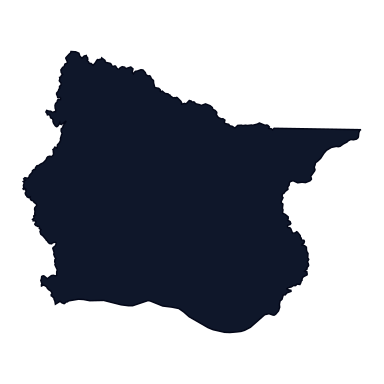 outline of Los Lagos, Neuquén, Argentina
{"feature_id": "61730980B98633333764723", "entity_name": "Los Lagos", "entity_type": "district", "adm_level": 2, "iso_a3": "ARG", "parent_name": "Argentina", "parent_adm1": "Neuquén", "projection": "albers", "projection_center": [-71.671, -40.754], "detail": "fine", "context": "isolated", "style": "filled", "palette": "ink", "viewbox_px": 384, "rotation_deg": 0, "n_neighbors": 0, "source": "geoboundaries", "source_scale": "gbopen_adm2", "svg_char_len": 5782}
<svg xmlns="http://www.w3.org/2000/svg" viewBox="0 0 384 384"><path d="M101.7,57.9L101.4,59.3L100.1,59.2L99.0,59.9L97.8,59.5L97.0,60.0L95.3,62.8L93.1,65.3L91.0,63.4L89.2,63.4L88.8,62.2L87.3,60.7L87.8,59.4L87.5,57.5L86.4,56.5L86.3,55.5L84.2,56.0L82.0,58.1L79.9,56.3L78.9,53.2L75.7,51.8L71.0,51.5L70.3,53.4L69.4,53.9L65.9,57.7L65.8,58.3L67.5,62.1L66.9,63.3L65.0,64.0L64.0,66.8L62.7,67.3L60.9,69.9L61.2,72.4L62.6,74.4L61.6,75.2L60.6,77.1L59.6,77.4L59.9,78.6L59.3,80.8L61.1,83.1L61.1,85.0L59.6,86.3L59.4,87.1L59.9,88.0L58.8,89.4L58.2,91.3L56.6,93.1L56.6,94.4L57.4,96.0L57.7,97.5L58.2,97.8L60.0,97.4L60.6,98.1L60.5,99.6L57.9,99.7L57.4,100.5L57.2,101.9L55.6,103.5L55.0,105.4L55.2,108.4L55.7,109.5L55.6,111.7L54.2,111.7L52.8,112.5L50.7,111.2L48.8,111.1L46.7,110.4L45.9,112.0L46.9,113.3L47.4,114.9L48.8,114.6L50.0,115.3L50.6,117.8L52.3,118.6L53.0,119.8L53.0,121.6L53.6,123.3L55.3,125.8L56.5,126.7L57.5,126.4L58.8,124.7L59.8,122.7L60.0,124.0L61.4,124.5L66.4,120.8L63.0,126.1L62.8,127.5L61.2,128.9L61.1,131.1L62.2,133.7L61.6,134.7L60.4,138.7L60.6,139.8L60.3,141.1L58.9,143.4L57.5,144.7L57.1,147.8L56.5,147.9L54.9,147.1L53.7,149.1L52.9,149.6L53.5,151.1L53.2,151.9L53.6,152.9L53.2,155.3L51.4,156.7L49.9,156.2L47.9,156.7L47.0,157.6L46.0,159.9L43.2,162.8L40.5,164.1L38.8,165.4L36.8,165.8L35.5,167.7L35.2,169.4L33.7,169.6L32.4,170.8L32.3,172.3L29.4,175.4L29.4,176.4L27.9,178.3L24.9,177.7L23.7,178.8L24.3,179.8L25.2,180.3L23.2,181.5L24.4,182.7L23.4,185.3L23.8,187.6L23.0,188.8L23.8,189.4L25.0,188.4L25.8,189.1L25.5,190.1L26.1,190.5L26.2,191.2L25.3,192.8L25.3,193.6L25.8,195.0L26.5,195.5L27.0,196.7L28.5,197.6L30.3,196.9L30.1,198.4L30.4,199.1L31.2,200.2L33.7,201.2L34.0,202.3L36.2,203.9L36.7,205.0L36.6,205.7L34.9,207.6L34.6,208.8L34.6,209.7L35.0,211.0L34.7,214.1L35.4,214.9L33.8,215.8L33.7,216.3L34.2,218.0L32.5,219.4L33.3,220.2L33.2,220.8L35.2,220.9L35.9,221.7L35.8,223.0L35.1,223.3L34.8,224.3L35.8,225.5L36.8,225.7L37.4,226.4L38.9,226.4L39.5,227.5L39.3,228.5L41.0,229.6L40.0,231.4L40.8,234.2L42.9,235.8L45.9,239.3L46.4,240.3L47.1,240.6L48.1,242.2L49.4,243.5L51.7,243.8L52.4,242.9L54.9,242.2L55.7,242.3L56.1,242.8L56.0,244.4L55.2,246.0L53.2,247.5L52.8,248.3L54.1,252.4L53.8,254.4L54.7,256.8L55.8,258.4L54.9,259.7L54.7,261.9L55.4,263.2L54.9,264.5L55.1,265.2L57.3,269.9L56.7,271.8L56.7,275.4L55.4,275.9L53.4,275.3L51.4,275.6L47.3,278.7L44.5,276.3L43.7,275.8L42.5,276.0L41.7,276.5L41.4,278.9L40.8,280.4L41.9,283.7L41.4,284.9L41.5,286.0L43.3,285.1L45.2,285.8L46.7,286.9L47.4,288.3L48.7,289.7L50.7,290.9L52.1,293.1L52.2,293.5L51.2,294.4L51.2,295.8L52.7,296.6L53.2,297.5L54.1,298.1L54.0,299.1L54.9,301.2L55.4,304.2L60.1,301.3L61.7,302.7L63.9,303.6L64.4,303.6L66.1,302.0L67.5,301.8L68.5,300.9L78.5,299.2L83.5,299.5L89.8,300.7L103.7,300.4L121.1,304.8L128.3,305.7L132.7,305.7L147.9,300.6L150.1,300.9L162.7,306.0L171.8,307.1L178.8,308.5L183.8,312.0L189.2,316.8L208.0,327.6L213.1,329.7L224.6,332.3L229.9,332.5L236.9,331.9L241.1,331.4L244.6,330.3L250.4,327.3L264.7,314.7L269.0,313.7L273.1,315.1L274.3,315.1L275.6,314.3L278.5,310.9L279.7,307.2L279.4,304.4L280.0,301.1L282.0,299.3L283.2,295.1L283.7,294.8L285.2,294.9L286.9,292.9L291.0,291.4L290.9,290.3L287.3,289.5L286.9,288.6L288.9,287.5L291.4,286.9L293.2,285.6L295.6,285.6L297.0,284.1L299.9,284.5L300.7,283.0L301.2,281.1L302.1,280.2L302.0,278.9L302.7,277.5L303.5,276.7L307.0,274.9L307.2,274.1L306.8,271.7L305.7,271.8L304.6,271.1L307.0,269.1L307.1,267.5L308.4,266.0L308.6,265.2L308.2,263.4L307.4,261.9L308.7,259.3L307.7,257.9L308.0,253.3L307.2,252.4L306.5,250.3L306.4,247.2L304.6,245.7L302.0,245.0L302.4,243.7L303.4,243.7L303.9,243.1L304.4,241.5L304.2,240.8L303.9,240.3L302.0,240.1L301.3,239.6L301.3,238.2L300.4,237.3L300.2,235.6L297.4,232.1L296.5,231.7L295.6,232.7L293.9,233.2L292.4,232.9L290.8,228.8L289.8,227.7L288.2,227.7L287.6,227.2L287.6,225.4L290.1,224.5L290.8,223.6L290.1,221.6L287.7,220.2L288.2,218.5L288.2,216.9L285.3,214.5L282.7,213.2L282.6,212.1L283.0,209.9L282.4,208.3L282.9,204.4L282.6,203.6L281.2,203.0L281.3,201.3L283.0,197.7L282.1,196.5L282.3,194.6L282.8,193.8L284.1,193.1L285.1,191.5L287.9,189.4L287.7,186.9L289.1,185.2L289.4,182.6L290.5,181.5L293.1,180.7L297.7,182.8L302.0,182.2L305.5,182.6L310.0,180.8L311.4,179.3L311.3,178.0L310.7,177.0L310.9,176.1L314.6,170.9L315.0,169.8L314.3,167.5L314.3,166.3L314.8,165.8L315.6,162.6L317.5,161.3L320.6,158.4L323.9,153.3L326.5,150.3L331.4,147.4L336.3,146.4L338.3,146.7L340.1,146.3L343.4,143.9L346.9,142.1L348.3,140.7L350.8,139.5L353.5,139.8L356.5,139.1L358.0,137.8L358.4,136.8L358.8,132.7L359.8,130.2L361.0,129.7L274.1,128.3L272.6,129.9L271.1,128.7L268.7,128.4L269.3,126.9L268.0,125.5L266.9,125.0L265.0,125.3L259.4,123.0L257.3,124.1L252.6,125.3L251.5,125.0L247.4,125.5L245.6,125.2L242.8,125.6L241.5,125.2L237.7,125.4L235.1,127.9L234.6,127.9L232.2,126.3L229.7,125.8L228.7,124.3L225.3,123.6L224.6,123.0L224.4,122.2L224.9,120.1L222.9,118.7L221.4,118.9L218.7,117.7L217.5,116.5L216.3,114.3L216.8,113.0L216.7,112.2L215.2,110.5L212.8,109.3L212.3,107.5L210.1,105.7L205.5,103.9L201.2,105.5L199.7,104.7L196.1,103.9L194.8,102.9L194.5,102.2L193.7,101.9L192.0,102.1L191.3,101.1L189.3,100.5L186.5,103.5L185.5,103.8L184.6,103.4L181.6,104.2L181.6,102.8L180.9,101.3L177.2,97.6L176.6,97.4L175.7,98.0L175.0,97.6L173.1,97.9L171.1,96.4L170.5,96.5L170.0,95.1L168.8,94.7L168.1,93.9L164.9,93.4L162.3,91.1L160.8,91.7L160.4,91.2L160.2,89.7L158.7,88.3L154.8,87.6L153.6,83.0L153.5,80.7L152.5,79.5L151.6,79.2L150.3,76.2L149.3,75.7L148.1,76.0L146.0,74.7L145.3,72.6L143.0,70.0L141.0,69.7L137.2,71.1L135.5,71.3L134.1,72.6L133.4,73.9L132.3,72.7L132.4,71.1L133.0,68.9L130.8,67.0L126.2,68.5L125.4,68.3L124.7,67.2L122.2,66.7L120.1,67.8L119.1,69.1L118.2,69.2L116.9,68.3L115.6,66.2L115.0,65.9L112.8,66.5L112.1,66.1L111.0,64.0L110.3,63.4L105.6,62.3L105.0,61.3L105.0,60.4L101.7,57.9Z" fill="#0f172a" stroke="#020617" stroke-width="1.5"/></svg>